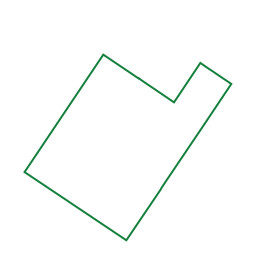 the district of Boundary, Idaho, United States of America, rotated 124°
{"feature_id": "52423323B63721358154647", "entity_name": "Boundary", "entity_type": "district", "adm_level": 2, "iso_a3": "USA", "parent_name": "United States of America", "parent_adm1": "Idaho", "projection": "equal_earth", "projection_center": [-116.64, 48.751], "detail": "fine", "context": "isolated", "style": "outline", "palette": "green", "viewbox_px": 256, "rotation_deg": 124, "n_neighbors": 0, "source": "geoboundaries", "source_scale": "gbopen_adm2", "svg_char_len": 340}
<svg xmlns="http://www.w3.org/2000/svg" viewBox="0 0 256 256"><g transform="rotate(124 128 128)"><path d="M33.7,67.0L33.7,97.5L33.6,104.4L81.0,104.2L80.9,143.7L80.7,146.7L81.0,146.7L81.0,189.5L222.4,189.1L222.4,185.8L222.0,66.6L160.7,66.5L159.4,66.7L151.4,66.8L86.4,66.8L33.7,67.0Z" fill="none" stroke="#15803d" stroke-width="2"/></g></svg>